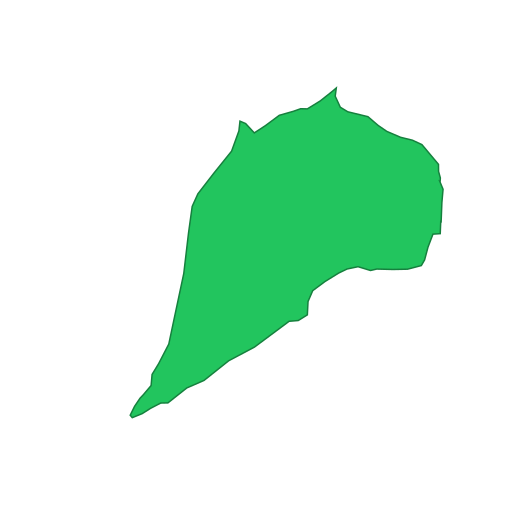 the district of Rättvik, Dalarna, Sweden, rotated 230°
{"feature_id": "70781695B61189370844714", "entity_name": "Rättvik", "entity_type": "district", "adm_level": 2, "iso_a3": "SWE", "parent_name": "Sweden", "parent_adm1": "Dalarna", "projection": "albers", "projection_center": [15.284, 61.217], "detail": "fine", "context": "isolated", "style": "filled", "palette": "green", "viewbox_px": 512, "rotation_deg": 230, "n_neighbors": 0, "source": "geoboundaries", "source_scale": "gbopen_adm2", "svg_char_len": 1073}
<svg xmlns="http://www.w3.org/2000/svg" viewBox="0 0 512 512"><g transform="rotate(230 256 256)"><path d="M233.9,105.7L232.1,100.3L224.2,92.4L222.1,80.2L221.6,75.8L218.9,66.4L214.9,57.3L211.7,57.3L208.4,67.5L207.1,77.2L204.6,88.5L200.1,94.1L199.4,118.2L194.1,136.2L193.3,167.8L187.2,196.4L184.7,239.4L179.4,246.9L177.9,257.5L187.7,266.6L193.0,277.2L192.1,292.4L189.8,308.3L187.5,317.4L182.2,327.3L171.3,334.4L168.4,340.1L157.7,352.2L148.5,363.6L142.4,376.5L144.6,382.6L152.2,393.4L159.0,405.6L154.7,411.5L163.7,419.7L163.3,419.9L177.4,432.7L186.9,442.2L194.9,444.7L194.6,444.8L197.3,447.4L203.4,450.2L208.9,454.7L221.2,454.7L234.6,454.7L244.1,450.3L254.1,443.0L267.4,436.3L277.5,433.5L290.8,431.3L296.9,426.8L307.5,419.0L315.8,416.2L327.5,419.4L333.1,425.5L333.1,419.4L333.5,404.9L335.7,389.9L340.1,384.9L342.8,377.7L348.8,364.3L349.8,347.1L351.4,333.8L364.1,333.2L369.6,330.4L362.8,323.3L352.0,304.7L346.5,276.8L341.0,251.5L335.0,239.0L317.0,219.1L289.0,189.4L261.2,153.8L244.6,132.6L236.1,112.2L233.9,105.7Z" fill="#22c55e" stroke="#15803d" stroke-width="1.5"/></g></svg>